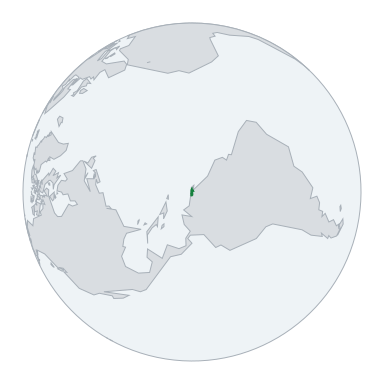 the Earth from above Sucre, rotated 279°
{"feature_id": "VEN-49", "entity_name": "Sucre", "entity_type": "State", "adm_level": 1, "iso_a3": "VEN", "parent_name": "Venezuela", "parent_adm1": "", "projection": "orthographic", "projection_center": [-63.33, 10.402], "detail": "fine", "context": "on_globe", "style": "filled", "palette": "green", "viewbox_px": 384, "rotation_deg": 279, "n_neighbors": 0, "source": "natural_earth", "source_scale": "10m", "svg_char_len": 10062}
<svg xmlns="http://www.w3.org/2000/svg" viewBox="0 0 384 384"><g transform="rotate(279 192 192)"><circle cx="192" cy="192" r="169" fill="#eef3f6" stroke="#a8b0b8"/><path d="M149.1,197.1L145.4,195.1L141.4,200.0L128.8,191.1L124.7,180.9L88.5,162.0L85.4,156.6L86.4,148.3L79.7,120.6L80.1,146.0L76.4,140.7L74.6,131.4L77.0,129.5L77.5,116.4L75.0,111.2L79.2,95.7L93.1,77.9L93.1,80.9L96.5,76.7L96.7,73.0L96.0,71.6L107.8,56.2L110.3,48.4L105.4,49.8L110.9,46.9L97.9,52.7L95.6,53.3L101.7,50.5L105.0,48.7L105.1,47.7L108.6,45.7L110.6,44.2L114.7,42.1L117.9,41.2L120.6,40.0L120.6,39.4L124.7,37.4L124.3,38.3L131.4,34.9L138.1,34.0L133.8,40.1L140.9,39.7L145.6,46.8L148.6,45.1L152.3,47.4L157.2,46.5L156.7,48.6L161.0,46.1L160.5,44.4L162.3,42.9L165.1,42.4L165.0,44.8L163.5,45.4L164.9,45.8L163.6,47.4L165.9,46.3L165.3,49.6L170.0,45.7L173.1,47.8L171.6,50.2L166.3,50.7L149.8,59.5L146.7,63.1L147.5,67.0L160.7,72.1L159.4,76.1L161.8,80.8L164.9,77.9L164.2,73.3L170.7,69.7L169.1,65.1L171.5,63.2L172.0,58.5L177.7,58.5L183.1,61.2L183.0,65.3L185.3,66.8L190.2,62.7L194.5,70.6L205.3,76.9L205.8,79.3L198.2,83.7L186.2,83.8L176.4,91.5L188.7,86.0L189.7,93.1L192.3,94.3L195.7,93.9L197.7,91.2L199.2,93.8L187.7,99.6L186.0,97.3L189.7,95.4L184.1,95.7L176.3,100.6L177.4,104.2L164.5,109.3L165.1,112.2L162.6,115.2L162.5,110.1L162.5,119.6L147.4,130.1L147.2,147.6L141.0,133.8L134.9,132.1L127.4,132.2L127.1,135.0L117.5,132.5L108.0,138.0L103.5,151.8L105.9,162.7L116.8,163.7L120.5,157.8L128.8,157.0L121.8,173.0L136.0,175.9L134.0,188.0L138.0,194.5L145.4,193.1L153.0,196.4L158.7,189.4L167.8,185.7L167.7,195.6L173.0,186.6L177.9,191.4L196.2,191.1L194.7,193.3L210.1,204.9L227.1,209.6L231.0,216.6L228.9,221.1L234.9,222.2L235.0,225.1L258.9,228.3L271.2,234.6L270.9,244.5L260.7,256.6L251.7,280.2L233.4,288.6L229.0,297.7L215.1,310.7L204.0,309.9L207.4,316.0L201.4,319.7L194.3,320.0L193.3,324.1L188.0,324.2L191.7,326.9L183.8,331.9L186.8,336.1L181.2,339.9L183.3,342.1L181.0,342.0L178.7,342.8L178.7,344.0L171.2,341.7L168.3,336.5L170.4,333.9L167.3,333.3L171.6,326.3L168.5,327.6L168.0,316.3L171.9,306.6L173.1,276.7L169.2,270.4L156.1,262.8L140.3,238.6L144.2,228.9L140.9,224.1L151.8,210.4L149.1,197.1ZM32.3,136.9L33.7,133.2L32.8,135.8L32.3,136.9ZM34.5,130.8L34.0,132.1L34.5,131.0L34.5,130.8ZM34.9,129.9L34.6,130.5L34.7,130.2L34.9,129.9ZM145.8,153.6L162.2,162.5L152.4,163.3L154.3,161.8L150.3,158.2L142.6,154.7L134.2,156.3L145.8,153.6ZM154.2,144.1L151.3,143.3L154.2,143.3L154.2,144.1ZM95.1,71.4L96.3,73.2L94.9,77.6L93.5,76.2L95.1,71.4ZM98.4,64.0L99.9,63.9L96.0,67.8L96.4,66.6L98.4,64.0ZM101.1,51.5L101.5,52.0L100.0,52.3L101.1,51.5ZM110.2,44.4L109.0,45.0L110.6,44.1L110.2,44.4ZM168.8,58.9L170.3,58.8L169.4,59.7L168.8,58.9ZM167.5,57.2L165.4,58.5L164.4,57.9L165.8,57.1L167.5,57.2ZM118.3,40.1L121.2,38.7L118.8,39.9L118.3,40.1ZM170.4,55.9L163.1,56.7L161.5,55.7L165.4,52.1L170.4,55.9ZM134.8,33.0L137.8,32.0L128.7,35.4L126.1,36.7L125.7,36.7L123.2,37.7L128.8,35.3L134.8,33.0ZM159.2,44.2L159.8,45.9L156.7,45.1L159.2,44.2ZM156.7,44.1L144.6,44.5L145.2,42.0L149.1,42.2L147.7,39.7L153.8,38.2L156.0,39.3L154.5,41.1L158.0,39.2L156.7,44.1ZM142.0,30.7L144.2,30.0L142.5,30.6L142.0,30.7ZM162.7,42.3L160.3,42.4L160.5,40.2L165.5,39.5L163.8,40.4L162.7,42.3ZM144.2,40.0L145.3,38.4L150.6,36.7L151.8,36.0L154.0,38.0L144.2,40.0ZM165.2,40.7L168.1,39.3L170.5,39.9L165.2,42.0L165.2,40.7ZM158.5,40.0L158.8,39.0L160.3,39.3L158.5,40.0ZM180.8,42.0L177.9,41.9L177.7,40.7L180.8,42.0ZM169.0,38.7L168.1,38.6L167.8,38.1L170.1,37.5L169.0,38.7ZM157.6,36.8L159.6,36.5L157.0,35.8L160.8,34.8L161.6,36.5L162.9,35.3L164.1,35.0L163.4,36.8L157.6,36.8ZM171.3,35.6L173.7,37.9L179.3,38.1L179.5,39.1L170.5,38.6L171.3,35.6ZM166.8,36.1L169.6,36.0L168.5,37.1L165.8,37.9L166.8,36.1ZM163.2,33.6L157.0,34.7L157.1,34.4L163.2,33.6ZM173.2,35.4L172.6,34.9L173.7,35.3L173.2,35.4ZM166.5,33.8L164.3,34.2L164.4,33.8L166.5,33.8ZM173.2,33.7L173.9,34.4L172.1,34.9L173.2,33.7ZM170.3,33.6L170.9,32.9L171.0,34.7L169.3,33.8L170.3,33.6ZM166.9,33.3L166.3,33.2L167.8,33.3L166.9,33.3ZM179.5,31.8L180.0,33.9L176.1,34.8L176.1,32.6L179.5,31.8ZM184.0,346.3L171.9,342.5L178.6,344.3L182.5,342.5L189.1,345.2L184.0,346.3ZM195.9,341.5L200.8,340.4L202.2,341.0L199.1,342.0L195.9,341.5ZM326.2,89.3L327.5,92.4L322.4,86.6L316.6,78.1L316.0,77.2L326.2,89.3ZM309.5,70.6L309.2,70.3L307.0,68.3L309.5,70.6ZM304.9,66.3L307.6,68.9L309.5,70.6L311.8,73.1L310.2,71.7L308.4,69.9L307.8,69.8L316.4,79.2L319.3,82.0L320.6,86.3L325.6,91.6L327.6,95.2L319.9,87.6L317.1,84.2L306.7,78.0L309.7,81.7L319.8,88.1L318.7,88.2L322.9,94.1L318.9,89.6L307.0,82.5L305.1,87.4L310.7,104.5L307.9,107.5L301.9,106.5L291.8,91.7L299.2,86.8L295.7,82.3L287.4,77.6L290.3,76.8L287.8,74.5L289.9,72.8L286.1,66.0L287.2,64.1L279.2,57.6L278.7,56.0L283.6,60.2L287.6,62.4L289.6,59.0L288.0,57.2L282.6,53.4L283.9,53.3L278.4,50.2L276.3,47.4L274.3,48.4L267.9,44.9L263.1,41.5L260.6,40.8L268.4,46.4L271.9,48.6L275.5,50.0L284.6,57.2L285.3,59.4L274.4,53.2L274.2,55.9L265.8,50.6L249.8,37.4L246.5,34.4L254.7,35.6L259.3,37.7L258.6,38.1L265.3,40.4L261.8,38.9L262.8,39.0L257.0,36.4L257.4,36.4L251.1,34.1L251.0,33.9L255.0,35.3L246.3,32.0L245.9,31.9L258.8,36.8L271.2,42.7L283.1,49.7L294.3,57.6L304.9,66.3ZM139.8,31.3L137.8,32.0L134.8,33.0L139.8,31.3ZM338.2,107.3L337.8,106.6L338.2,107.4L343.9,117.9L348.7,128.9L352.8,140.1L356.1,151.6L358.5,163.3L360.1,175.1L360.9,187.0L360.8,199.0L359.9,210.9L358.1,222.7L355.6,234.4L352.2,245.8L348.0,257.0L343.0,267.9L337.2,278.4L330.8,288.4L330.4,288.9L334.3,283.0L339.4,273.1L348.3,247.3L353.0,233.4L354.5,223.8L352.8,204.6L353.5,191.9L352.0,187.7L349.5,190.4L347.3,185.4L345.5,186.2L330.6,196.7L323.5,191.0L309.0,170.4L309.8,160.1L305.5,149.6L307.5,108.2L313.0,108.3L320.3,98.3L322.2,98.8L326.8,106.7L336.7,111.7L333.4,104.2L336.9,105.7L336.0,103.6L338.2,107.3ZM312.7,127.3L314.1,130.5L312.7,127.3ZM196.8,190.9L199.0,192.8L196.0,192.9L196.8,190.9ZM150.8,167.4L154.4,167.7L156.2,169.3L153.4,169.7L150.8,167.4ZM181.5,168.1L185.7,169.0L181.2,169.8L181.5,168.1ZM164.8,163.7L178.1,167.8L169.4,170.5L161.0,168.1L166.9,167.4L164.8,163.7ZM152.0,149.7L154.2,150.5L153.4,152.2L152.0,149.7ZM156.3,144.1L155.4,144.3L154.4,142.8L156.3,144.1ZM190.3,92.7L191.3,92.3L194.7,92.6L192.9,93.7L190.3,92.7ZM210.6,87.4L212.7,91.7L209.9,89.2L207.9,91.3L199.7,89.1L205.6,80.5L204.4,84.6L210.6,87.4ZM190.4,84.4L194.9,86.3L189.7,84.6L190.4,84.4ZM271.9,65.5L274.8,66.1L277.3,68.9L275.8,72.6L272.2,68.4L271.9,65.5ZM278.4,66.4L267.9,60.1L268.4,58.0L269.9,60.1L271.3,59.4L274.1,62.8L284.7,67.5L287.6,70.5L283.3,74.9L283.2,71.6L280.3,71.0L278.4,66.4ZM240.4,52.0L235.9,50.4L242.8,47.7L246.2,49.5L245.0,53.0L240.2,52.9L240.4,52.0ZM178.7,50.0L176.5,50.5L176.5,49.7L178.4,48.6L178.7,50.0ZM179.5,42.1L188.2,47.5L186.1,48.2L193.7,51.2L191.3,54.3L186.4,52.1L190.2,57.1L184.9,56.4L188.1,59.7L177.6,54.6L172.9,54.6L179.1,53.3L181.4,50.3L181.1,49.1L176.6,45.6L167.7,44.7L168.7,42.0L171.7,40.5L174.0,40.3L172.6,41.9L176.6,40.5L176.4,42.9L179.5,42.1ZM206.4,30.0L204.0,30.9L211.9,30.6L211.8,32.0L212.7,31.9L214.7,33.3L218.8,35.0L218.0,35.6L219.9,36.0L221.3,37.1L223.7,38.0L223.0,39.6L225.9,40.8L224.0,40.9L229.1,42.7L225.0,42.1L226.4,43.9L229.7,43.5L220.0,52.4L219.2,57.5L220.7,62.2L213.4,61.2L207.2,56.4L202.7,50.5L204.5,46.1L200.8,46.7L200.7,44.9L203.6,45.2L198.9,43.8L199.6,42.5L195.5,38.7L188.3,38.0L186.7,36.9L189.8,36.5L185.9,35.6L190.7,34.3L189.6,33.5L193.2,31.6L199.9,31.8L198.2,30.9L200.8,29.8L206.4,30.0ZM180.7,31.3L188.7,30.5L192.6,31.1L184.7,34.2L185.0,35.1L180.0,37.6L174.6,36.8L176.5,36.1L177.1,35.3L178.6,35.9L177.8,34.8L180.4,33.9L180.5,32.9L183.1,32.9L180.7,31.3ZM320.9,95.2L321.7,95.0L322.2,93.8L324.9,97.8L320.9,95.2ZM313.0,90.4L313.3,89.4L317.3,93.9L316.4,94.4L313.0,90.4ZM310.0,85.3L312.9,89.0L310.8,87.3L310.0,85.3ZM283.4,59.2L283.3,58.2L284.6,59.0L286.3,60.6L283.4,59.2ZM230.0,31.4L228.0,31.3L227.1,31.0L221.1,30.1L220.8,29.2L224.2,29.4L230.0,31.4ZM328.6,92.5L330.3,94.9L329.6,94.0L328.9,93.0L328.2,92.0L328.6,92.5ZM329.0,96.3L330.4,96.9L329.7,97.4L329.0,96.3ZM228.6,30.3L226.2,29.9L227.5,29.8L228.6,30.3ZM220.2,28.6L221.2,28.2L220.0,29.0L220.2,28.6ZM222.1,25.8L230.8,27.7L236.9,29.2L239.9,30.0L239.4,30.0L230.1,27.6L222.1,25.8ZM200.0,23.2L199.9,23.2L199.7,23.2L200.0,23.2ZM202.9,23.4L204.2,23.6L201.1,23.4L200.5,23.3L202.0,23.3L202.9,23.4ZM216.8,25.9L219.4,26.4L218.2,26.5L216.8,25.9ZM143.6,30.1L144.1,30.0L142.4,30.5L143.6,30.1Z" fill="#d9dde1" stroke="#a8b0b8" stroke-width="1"/><path d="M188.5,192.4L188.6,192.5L188.7,192.4L188.8,192.4L189.0,192.3L188.9,192.2L188.9,192.3L188.7,192.3L188.7,192.2L188.8,192.2L189.0,192.2L188.9,192.1L189.0,192.1L188.9,192.1L189.0,192.0L189.3,191.9L189.5,191.8L189.9,191.8L190.0,191.9L190.3,191.8L190.5,191.9L191.0,191.8L191.1,191.7L190.9,191.7L190.7,191.6L190.3,191.5L190.2,191.5L189.9,191.5L190.0,191.4L189.9,191.4L189.9,191.5L189.6,191.5L189.4,191.6L189.2,191.4L189.3,191.3L189.3,191.2L189.3,191.3L189.5,191.3L189.8,191.3L190.0,191.3L190.3,191.3L190.5,191.3L190.5,191.2L190.8,191.2L191.1,191.3L191.4,191.3L191.5,191.2L191.8,191.2L192.0,191.2L192.3,191.2L192.5,191.0L192.9,191.1L193.0,191.1L193.4,191.1L193.5,191.1L193.8,190.9L193.9,191.0L194.0,191.0L194.3,191.0L194.7,191.1L195.1,191.1L195.3,191.1L195.5,191.1L195.8,191.1L196.0,191.0L196.3,191.0L196.2,191.0L196.0,191.3L195.9,191.3L195.7,191.3L195.3,191.3L195.2,191.3L194.9,191.6L194.7,191.6L194.4,191.6L194.1,191.5L193.9,191.5L193.3,191.6L193.2,191.6L193.0,191.8L192.9,191.8L193.0,191.8L193.2,191.7L193.3,191.6L193.4,191.8L193.4,192.0L193.1,192.0L192.9,192.1L193.0,192.0L193.0,192.3L192.9,192.4L193.1,192.4L193.1,192.2L193.3,192.1L193.5,192.0L193.8,192.2L193.9,192.3L193.9,192.5L194.0,192.7L194.0,192.8L193.9,193.0L193.7,193.0L193.7,192.9L193.5,193.0L193.4,193.0L193.4,192.9L193.3,193.0L193.3,192.9L193.2,192.9L192.9,192.9L192.8,192.7L192.7,192.6L192.4,192.7L192.2,192.6L191.9,192.5L191.8,192.4L191.7,192.3L191.4,192.3L191.4,192.5L191.2,192.5L190.9,192.6L190.7,192.7L190.6,192.8L190.2,192.9L189.9,192.8L189.6,192.9L189.4,193.0L189.3,192.9L189.2,192.9L188.9,192.9L188.8,192.7L188.7,192.6L188.5,192.4ZM193.9,192.1L194.0,192.2L193.9,192.3L193.9,192.2L193.7,192.0L193.6,191.9L193.6,191.7L193.7,191.8L193.8,191.9L193.9,192.1Z" fill="#22c55e" stroke="#15803d" stroke-width="1.5"/></g></svg>